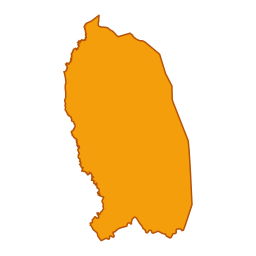 Ou Ya Dav, Rôtânôkiri, Cambodia
{"feature_id": "14789045B92198168751109", "entity_name": "Ou Ya Dav", "entity_type": "district", "adm_level": 2, "iso_a3": "KHM", "parent_name": "Cambodia", "parent_adm1": "Rôtânôkiri", "projection": "robinson", "projection_center": [107.357, 13.558], "detail": "fine", "context": "isolated", "style": "filled", "palette": "amber", "viewbox_px": 256, "rotation_deg": 0, "n_neighbors": 0, "source": "geoboundaries", "source_scale": "gbopen_adm2", "svg_char_len": 5522}
<svg xmlns="http://www.w3.org/2000/svg" viewBox="0 0 256 256"><path d="M183.4,230.2L185.5,224.5L192.0,204.6L190.4,171.5L189.1,150.3L188.2,140.8L172.7,101.3L172.2,99.0L171.9,86.0L165.5,73.5L159.7,54.5L159.0,53.7L144.8,41.9L142.7,40.9L139.6,40.6L138.0,40.0L136.4,39.2L134.5,37.8L133.1,36.5L132.6,35.2L130.5,33.7L130.1,33.2L118.1,36.7L116.3,35.1L113.3,31.8L112.0,30.8L109.9,29.8L108.0,28.0L106.0,27.4L103.1,27.1L102.2,27.2L100.4,26.8L99.3,26.4L98.6,25.6L98.3,24.8L98.2,23.4L98.7,21.0L98.7,18.6L99.1,15.6L99.0,15.4L98.8,15.4L91.5,21.0L86.0,23.5L85.8,23.9L85.9,24.6L85.7,24.9L85.2,24.8L84.9,25.2L84.8,25.7L84.2,26.6L84.1,27.0L84.5,27.5L84.8,27.3L84.9,27.5L84.8,29.2L85.3,29.7L85.3,30.2L85.5,30.5L85.6,31.4L85.4,31.8L85.8,32.6L85.7,33.6L86.0,33.6L86.2,33.9L86.2,34.3L85.6,34.9L85.6,35.4L86.2,36.3L85.9,36.9L86.2,37.3L85.5,37.6L85.7,38.0L85.6,38.6L85.7,38.9L85.6,39.9L85.2,39.9L85.0,39.7L84.7,40.1L84.5,39.8L84.2,40.1L83.9,40.1L84.1,40.4L83.9,40.5L82.4,40.1L82.1,40.4L81.6,40.0L81.5,40.3L80.9,40.5L80.9,40.9L80.2,40.9L80.1,42.1L79.1,41.2L79.1,41.7L78.4,41.8L78.4,42.7L78.1,42.7L78.8,43.4L78.3,43.9L78.9,44.0L78.7,44.4L78.1,44.8L78.4,45.5L79.1,46.0L78.6,46.4L78.1,47.5L77.8,47.9L77.8,48.8L77.6,49.1L76.6,48.7L76.6,49.2L76.4,49.5L76.3,49.1L75.7,48.3L75.2,48.4L74.9,48.9L73.9,49.1L73.3,50.0L72.9,51.1L72.6,51.3L72.6,52.5L72.3,52.6L72.1,53.2L71.8,53.2L71.3,54.0L71.6,54.6L71.5,55.2L71.9,55.9L71.4,57.0L71.7,58.1L70.9,58.4L70.8,58.8L70.9,59.1L71.1,59.1L71.5,60.0L71.3,60.3L70.6,60.3L70.6,60.6L70.8,60.8L70.8,61.8L70.3,61.9L70.0,62.2L69.8,62.2L69.2,63.1L68.9,63.2L69.1,63.6L68.8,64.2L68.3,64.1L68.3,63.8L67.8,64.0L67.5,63.3L67.0,63.1L66.7,63.1L66.4,64.0L65.7,64.1L65.8,64.4L66.0,64.7L66.1,65.1L66.4,65.7L67.1,66.1L67.1,67.7L67.2,68.0L67.4,68.0L67.4,68.4L66.7,69.0L66.2,70.8L65.8,70.9L65.0,71.7L64.0,71.8L64.9,75.0L65.6,79.1L66.0,83.0L65.4,84.2L65.2,87.2L65.4,90.3L65.7,91.9L65.7,96.7L65.4,98.6L64.8,99.8L64.7,100.9L65.4,102.9L65.3,103.6L65.7,104.0L65.3,104.5L65.0,105.4L65.2,106.3L65.3,106.6L65.6,106.8L65.7,107.5L65.3,108.4L65.2,110.0L66.2,111.2L67.1,113.2L67.5,113.5L67.6,114.0L67.8,114.1L67.7,114.5L68.2,114.8L68.5,115.7L69.5,115.7L70.1,116.2L70.5,116.9L70.9,116.9L71.2,117.4L71.3,118.5L71.8,118.9L71.8,119.2L71.5,119.3L71.5,119.8L71.5,120.4L71.7,120.8L71.9,121.1L73.5,121.8L74.2,123.1L74.1,123.4L74.5,123.8L74.4,124.1L75.0,124.9L75.1,126.3L74.8,127.4L74.1,128.2L74.0,128.6L74.2,128.9L73.8,129.5L73.5,129.5L73.1,130.3L72.2,131.0L71.6,131.3L71.3,131.8L71.6,132.4L71.5,133.0L71.7,133.4L72.0,133.5L72.0,133.8L72.3,134.2L72.2,134.4L72.2,134.8L72.4,134.9L72.3,135.6L73.0,135.9L73.6,136.7L73.7,137.2L74.6,137.8L75.1,138.6L75.4,138.8L75.9,138.7L76.6,139.1L76.9,140.0L76.3,140.6L76.3,140.8L76.9,141.2L77.1,141.6L76.6,141.9L76.5,142.4L76.9,143.2L77.4,143.6L76.9,145.2L77.3,145.5L77.6,146.2L78.6,145.6L78.8,145.8L78.6,146.3L78.2,146.7L78.3,147.1L79.4,147.0L79.4,147.7L79.1,148.0L78.5,147.5L78.4,147.6L78.5,148.6L77.9,149.4L77.8,150.0L78.7,152.3L79.3,153.2L79.3,153.7L78.4,154.5L78.5,155.4L78.3,155.7L78.2,157.2L78.9,158.4L79.7,158.6L80.0,160.4L79.6,161.2L79.7,161.4L80.4,161.5L80.5,161.7L80.4,162.5L80.8,163.6L80.4,164.0L79.6,164.3L79.6,164.6L80.2,164.8L81.0,165.4L81.0,166.8L82.4,167.7L83.0,167.7L82.9,168.0L82.2,168.2L82.1,168.7L82.6,169.7L81.9,170.6L81.9,171.1L83.2,171.1L83.9,171.5L85.1,171.5L85.8,172.3L86.4,172.3L86.6,172.7L86.4,172.9L86.5,173.4L87.2,173.9L87.4,174.7L87.9,174.8L88.4,174.6L88.5,173.7L89.9,173.5L90.0,173.3L89.7,172.5L90.8,173.0L91.1,173.5L91.4,174.3L91.9,174.5L92.0,175.3L91.7,176.2L93.3,176.9L93.4,177.1L92.9,177.4L92.4,178.1L91.9,178.0L91.8,178.6L92.0,179.7L91.6,179.9L91.6,180.3L93.1,180.2L93.8,181.0L94.2,181.1L93.6,181.9L93.6,182.1L94.0,183.0L93.9,183.5L94.2,183.7L95.3,183.9L96.4,183.2L96.7,183.6L96.9,183.9L96.8,184.2L95.8,185.0L95.9,185.3L96.8,185.8L97.1,186.2L97.2,186.8L97.0,187.8L97.6,188.2L98.3,188.4L99.0,189.0L99.1,191.0L98.3,192.0L98.4,192.3L99.3,193.1L98.8,193.3L98.6,193.2L97.7,192.4L97.5,192.6L98.1,193.8L98.2,194.7L99.4,195.6L99.6,195.3L99.5,194.9L99.6,194.7L100.3,195.1L101.0,196.3L103.5,197.0L103.7,197.4L102.0,200.8L102.2,202.1L102.7,202.6L103.4,204.9L102.9,206.4L103.6,208.3L103.2,209.3L102.1,210.8L101.7,211.7L100.6,212.2L100.3,212.5L100.0,214.4L99.6,214.6L99.2,214.4L98.7,214.0L98.1,212.8L97.5,212.8L97.0,213.2L97.0,213.5L98.2,215.6L98.7,216.7L98.8,217.2L98.7,217.6L97.2,218.3L96.3,217.7L95.3,216.8L94.5,217.0L93.9,218.5L93.2,218.9L92.4,219.9L92.3,220.4L92.4,221.8L92.3,222.6L90.7,222.9L90.2,223.3L90.6,224.6L90.3,225.2L90.9,225.6L91.4,226.1L93.2,229.6L95.3,231.3L97.1,233.0L98.0,236.3L100.4,239.7L101.0,240.5L101.3,240.6L105.3,238.6L105.8,238.4L107.1,238.6L107.9,239.0L108.8,239.2L109.4,238.8L109.6,238.3L109.4,236.9L109.7,236.3L110.2,236.0L110.8,236.1L112.9,237.1L113.5,237.1L113.8,236.9L114.1,236.1L113.0,232.9L113.0,232.4L113.2,232.1L114.9,231.9L117.2,229.6L118.5,228.7L121.7,227.5L126.5,226.3L127.0,225.6L127.5,223.7L127.9,223.2L128.6,222.9L129.2,222.8L129.9,223.1L130.7,224.0L131.4,223.8L131.6,221.1L132.2,219.3L132.5,218.8L134.4,217.3L135.0,217.1L136.1,217.7L136.8,218.6L139.7,223.3L142.2,226.4L143.0,228.4L144.4,229.4L145.1,230.0L145.9,232.3L146.6,232.8L147.0,232.9L147.6,232.6L149.2,230.6L149.8,230.2L151.0,230.5L151.5,231.1L152.0,232.8L153.0,233.2L158.0,231.3L158.6,231.3L162.2,233.4L163.9,233.9L164.8,233.9L165.3,234.1L166.6,236.2L169.9,237.9L170.6,237.8L171.2,237.3L172.9,234.1L173.5,233.7L175.5,233.5L175.8,233.2L176.3,232.1L176.0,230.2L176.5,229.5L177.0,229.2L178.2,228.9L179.9,228.9L180.8,229.1L182.0,230.6L183.4,230.2Z" fill="#f59e0b" stroke="#b45309" stroke-width="1.5"/></svg>